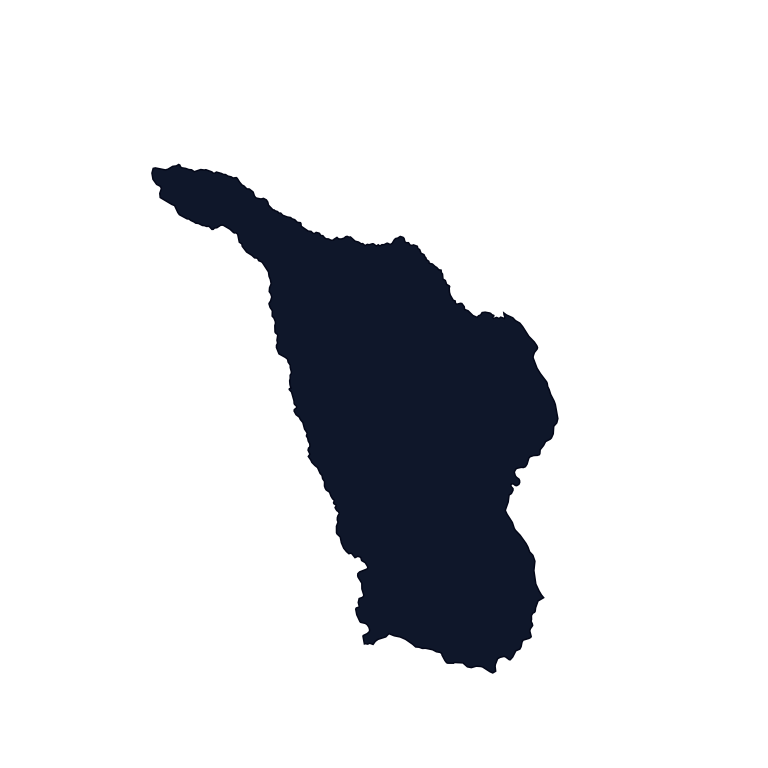 the district of Recetor, Casanare, Colombia, rotated 329°
{"feature_id": "7082276B50018547886325", "entity_name": "Recetor", "entity_type": "district", "adm_level": 2, "iso_a3": "COL", "parent_name": "Colombia", "parent_adm1": "Casanare", "projection": "equal_earth", "projection_center": [-72.771, 5.277], "detail": "fine", "context": "isolated", "style": "filled", "palette": "ink", "viewbox_px": 768, "rotation_deg": 329, "n_neighbors": 0, "source": "geoboundaries", "source_scale": "gbopen_adm2", "svg_char_len": 6154}
<svg xmlns="http://www.w3.org/2000/svg" viewBox="0 0 768 768"><g transform="rotate(329 384 384)"><path d="M291.9,95.8L293.9,99.0L294.1,101.1L293.4,102.2L290.0,105.1L288.2,108.9L294.6,120.8L296.4,123.2L295.6,130.9L295.8,133.5L300.3,141.1L301.8,142.1L302.7,144.4L304.7,147.4L305.4,149.1L307.7,150.9L310.0,154.6L311.8,155.9L313.0,157.5L315.3,158.8L316.1,162.8L317.3,163.5L319.0,163.0L321.3,164.0L325.8,163.8L327.9,165.0L331.7,172.0L333.0,176.7L333.7,177.6L334.7,177.9L335.3,178.9L335.7,180.3L333.0,187.9L334.3,190.7L333.4,193.0L334.2,200.1L337.0,205.6L338.0,209.2L339.8,210.5L340.3,211.6L340.1,213.7L341.9,216.1L342.3,217.3L342.7,228.4L340.9,232.6L340.4,235.9L338.9,240.0L335.5,242.5L333.2,245.7L333.4,248.3L332.6,251.6L329.0,254.9L328.1,255.0L326.7,256.0L325.8,259.7L326.0,263.7L323.1,268.2L323.6,270.7L323.1,274.1L322.3,276.0L320.5,277.7L317.4,283.2L317.3,284.3L318.2,286.8L317.9,287.6L314.8,291.3L313.8,294.2L311.8,295.4L310.6,297.3L309.5,304.1L313.2,310.5L314.1,313.2L313.1,315.8L313.3,319.6L312.1,321.6L310.8,326.0L309.8,327.3L308.1,328.1L306.5,330.9L304.8,332.6L303.1,336.1L302.1,339.6L300.5,339.3L299.9,340.0L300.6,343.2L298.2,352.0L297.0,354.3L296.8,355.5L297.5,357.4L297.4,358.4L296.5,359.5L294.0,359.7L293.0,360.9L292.8,365.0L294.3,368.8L294.0,371.4L294.6,375.2L292.7,381.7L292.9,386.5L290.7,388.6L290.7,391.1L289.7,393.8L289.6,396.9L288.6,399.0L287.4,400.0L286.4,400.0L284.8,401.6L284.4,406.0L281.8,407.1L282.1,411.6L281.8,414.0L282.8,418.3L284.0,421.4L283.2,427.8L283.8,430.4L282.6,433.6L282.8,436.9L280.4,440.8L279.9,443.2L279.9,445.1L281.6,448.7L280.8,452.7L280.8,456.2L281.3,457.0L281.3,458.4L279.6,459.8L279.4,460.8L280.5,463.0L280.0,464.0L278.5,464.6L278.3,465.8L278.4,468.3L279.1,469.7L279.1,471.4L278.6,472.3L276.9,473.0L275.2,474.5L273.9,476.5L273.5,478.7L270.0,481.4L266.7,487.0L266.5,488.2L267.7,492.6L265.7,498.1L264.9,504.0L265.5,508.3L266.5,511.4L268.6,512.0L269.0,512.7L269.7,517.9L272.8,518.2L274.3,519.9L274.7,521.0L273.9,523.8L275.9,527.5L275.9,532.1L275.5,533.2L274.0,533.8L266.3,532.5L263.9,533.1L262.7,534.8L262.3,536.2L262.4,543.3L259.5,548.3L258.0,554.4L257.2,555.3L255.7,555.8L252.2,555.1L249.4,558.0L248.2,562.0L247.5,562.3L244.9,561.7L243.8,562.4L241.8,567.8L241.0,575.4L241.3,576.3L244.7,579.6L245.6,581.6L245.8,584.7L245.2,586.9L244.5,588.2L243.5,588.8L241.0,589.3L236.7,588.9L236.1,589.3L233.3,596.7L234.3,597.0L236.1,598.6L238.2,598.8L240.5,601.6L244.0,600.1L247.4,599.8L255.3,601.7L259.6,600.5L263.1,605.1L267.6,609.2L271.0,614.0L274.5,621.8L275.7,625.7L278.5,627.7L280.6,630.3L283.7,632.1L288.8,636.8L291.0,640.5L294.0,643.1L294.6,644.9L294.1,646.4L293.8,652.5L294.1,655.1L294.7,656.0L299.7,659.1L301.1,659.1L308.0,663.7L309.8,669.4L312.8,672.1L317.7,673.4L321.2,675.8L322.7,677.2L326.7,685.3L328.4,687.7L331.8,687.7L333.9,683.1L335.1,681.7L339.9,678.0L342.7,678.1L346.5,679.3L347.6,680.4L349.4,684.9L350.2,685.4L353.7,684.3L359.6,680.6L363.9,681.2L366.2,679.8L369.3,676.4L371.3,675.2L377.2,676.7L379.2,676.8L380.1,676.3L381.8,670.7L383.4,669.2L387.0,667.6L387.6,666.0L387.9,663.1L389.2,661.8L391.1,658.4L393.5,657.1L395.5,657.2L396.6,656.6L398.7,653.9L404.3,649.3L410.8,649.4L410.3,646.0L410.3,641.5L411.1,633.7L416.4,621.1L422.1,613.6L423.4,607.5L422.4,602.8L423.4,598.0L423.6,593.8L422.8,583.8L421.3,577.0L421.3,574.8L422.7,568.8L422.4,559.0L422.8,555.1L423.3,554.4L429.7,549.1L434.0,543.6L436.8,543.5L439.9,541.5L440.7,540.1L440.2,537.4L440.4,536.5L441.4,535.4L443.3,536.0L444.3,538.6L445.4,539.5L447.9,539.5L449.6,538.3L450.5,536.6L450.7,535.0L449.5,532.2L449.3,530.2L450.3,526.6L452.0,525.5L453.7,524.7L455.0,524.9L458.6,526.1L460.5,527.4L462.6,527.7L465.3,526.4L470.0,522.1L471.8,521.6L475.4,522.4L478.8,524.2L480.8,524.6L481.8,523.9L484.0,520.8L489.1,518.9L492.8,516.6L498.1,516.9L499.7,516.5L503.4,513.9L507.7,507.7L512.1,506.3L515.2,503.2L520.3,489.8L521.0,486.3L521.5,478.8L522.7,473.8L523.0,470.5L524.3,467.4L524.5,465.9L523.4,455.7L523.3,449.3L525.3,438.3L526.3,436.9L529.1,434.5L533.3,432.9L534.3,432.0L534.7,430.2L534.5,425.5L532.7,417.8L532.4,406.2L531.8,401.8L529.3,397.3L528.5,393.6L524.5,387.8L523.3,384.8L522.5,386.6L522.1,388.9L520.9,389.8L518.5,386.8L516.4,387.2L514.8,384.9L511.7,384.3L511.4,382.6L513.3,382.2L513.4,381.7L512.2,380.2L511.8,378.4L511.1,377.5L507.7,374.5L504.9,373.3L502.4,374.6L500.2,374.2L498.2,374.9L495.5,371.1L493.8,364.5L491.5,361.6L492.6,359.0L492.2,355.1L491.1,354.2L487.4,353.1L487.1,352.4L487.0,351.2L487.8,349.5L486.5,347.8L486.6,341.9L487.4,339.0L489.3,335.4L490.5,334.3L490.5,333.5L489.0,330.9L489.9,326.9L488.6,324.4L490.8,319.9L490.6,318.0L491.6,315.8L489.8,314.3L489.2,311.1L488.4,309.9L487.3,306.1L485.0,303.8L485.6,301.9L484.4,299.2L484.9,297.5L484.6,296.1L484.9,293.7L483.1,291.0L483.8,287.1L482.8,285.4L483.5,283.1L480.9,279.9L479.6,279.7L478.3,278.8L477.9,278.0L477.8,275.5L475.7,274.2L475.2,272.8L476.2,269.5L475.8,268.0L473.9,265.9L470.9,266.0L468.9,265.3L467.3,265.6L463.3,267.7L461.1,267.6L459.6,265.2L458.8,264.8L455.8,264.6L453.9,263.5L452.1,263.6L451.3,263.1L450.8,261.7L448.5,261.8L447.2,258.5L446.3,257.8L443.0,257.0L441.6,255.7L439.0,255.6L438.1,252.7L436.6,252.0L435.3,249.2L432.8,246.7L431.0,240.7L429.6,240.1L428.4,238.4L426.9,238.0L425.0,238.4L422.0,237.7L419.8,236.2L419.2,234.1L415.5,234.2L414.9,234.7L412.6,233.5L411.2,231.1L409.2,229.8L408.4,228.1L408.0,225.4L406.2,224.0L406.3,221.7L405.8,221.0L403.9,219.1L402.2,219.3L400.8,218.3L400.1,215.6L397.8,213.9L394.3,206.2L395.5,203.5L395.5,202.7L393.0,200.8L392.1,197.1L390.3,195.1L389.7,193.2L387.2,191.1L384.1,187.2L383.5,184.3L381.9,183.3L381.6,181.4L379.8,179.4L379.6,178.4L378.5,177.5L377.1,171.2L378.1,168.2L378.0,165.6L376.3,162.8L373.9,162.1L370.5,159.0L370.0,158.1L369.8,156.0L370.7,152.1L369.0,147.5L366.9,146.1L366.0,142.2L364.8,140.3L364.2,136.6L364.1,132.0L363.7,131.0L360.7,129.7L359.7,127.7L357.2,125.3L356.1,122.9L354.2,121.6L353.1,119.8L349.5,116.0L347.5,116.1L346.3,115.5L345.7,113.5L341.7,108.6L340.1,108.0L337.4,105.8L330.7,104.3L329.4,101.3L327.1,99.6L325.1,97.1L321.9,94.4L321.4,92.6L321.8,91.4L321.1,90.1L318.3,90.1L315.0,88.6L309.4,88.6L306.9,87.9L299.3,81.0L297.2,80.3L293.7,83.7L291.4,89.5L291.9,95.8Z" fill="#0f172a" stroke="#020617" stroke-width="1.5"/></g></svg>